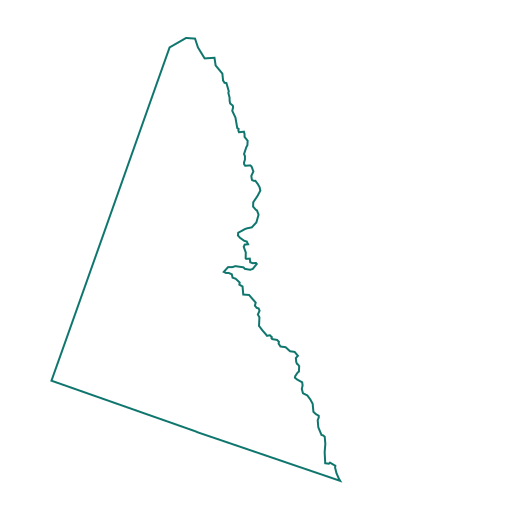 Shoshone, Idaho, United States of America (orthographic projection), rotated 19°
{"feature_id": "52423323B48637166565981", "entity_name": "Shoshone", "entity_type": "district", "adm_level": 2, "iso_a3": "USA", "parent_name": "United States of America", "parent_adm1": "Idaho", "projection": "orthographic", "projection_center": [-115.626, 47.501], "detail": "fine", "context": "isolated", "style": "outline", "palette": "teal", "viewbox_px": 512, "rotation_deg": 19, "n_neighbors": 0, "source": "geoboundaries", "source_scale": "gbopen_adm2", "svg_char_len": 2077}
<svg xmlns="http://www.w3.org/2000/svg" viewBox="0 0 512 512"><g transform="rotate(19 256 256)"><path d="M167.6,100.5L164.8,94.5L155.8,89.0L152.2,82.1L143.1,85.9L133.2,77.7L127.6,70.3L118.9,72.6L106.4,86.9L106.0,128.4L104.7,284.0L103.5,412.0L103.2,440.5L256.5,441.5L257.8,441.7L408.8,441.2L406.6,439.3L402.7,435.0L399.7,430.4L399.3,428.5L393.2,427.3L392.5,428.7L388.9,429.4L386.3,422.9L384.8,419.2L382.7,411.0L379.8,404.5L378.0,403.8L376.2,403.9L370.7,397.7L367.8,391.2L367.9,388.1L367.3,386.6L364.0,386.0L361.0,384.6L359.5,381.3L357.7,377.3L354.1,374.0L349.9,371.1L345.1,370.5L342.6,366.8L342.2,363.2L340.8,360.4L335.1,359.4L332.4,358.4L332.2,356.8L333.3,352.7L334.2,351.3L332.7,346.1L330.8,344.8L329.8,344.6L328.5,343.0L326.9,339.5L328.1,336.7L323.7,334.1L319.2,335.0L313.7,332.6L308.6,333.6L305.9,331.5L305.6,329.7L303.3,328.5L298.4,329.3L297.4,328.7L297.4,327.6L294.9,326.4L292.4,327.9L291.1,327.0L286.2,324.2L281.6,321.1L279.2,312.9L276.8,310.7L277.2,306.6L275.5,304.7L273.5,304.8L271.1,303.3L270.9,300.2L262.1,295.1L256.5,296.6L253.2,289.2L249.6,288.5L249.2,286.4L244.1,284.1L240.9,284.1L239.1,281.2L235.6,280.9L233.0,281.8L230.7,281.5L233.2,275.6L237.3,274.2L239.8,272.3L247.8,270.8L249.7,271.8L255.0,270.9L257.1,269.3L259.3,263.3L258.2,262.6L255.2,263.9L252.6,263.8L251.0,260.5L247.6,261.9L247.0,261.6L245.2,256.0L241.4,251.3L241.6,248.9L244.7,247.5L242.5,245.3L240.1,245.5L234.9,244.0L232.2,242.4L231.6,239.8L237.0,233.9L238.9,232.5L242.7,230.3L245.4,224.2L245.0,216.2L242.1,212.6L240.9,212.4L237.2,210.3L235.9,206.1L237.9,198.6L238.8,192.8L237.1,189.9L234.3,187.4L230.9,185.1L229.7,185.6L227.6,185.5L226.7,184.2L225.5,181.8L226.0,176.9L222.6,172.8L221.1,172.2L216.4,174.2L214.9,173.1L214.2,171.4L214.2,168.6L213.0,165.1L211.5,163.5L211.4,156.2L211.8,154.1L210.6,149.8L206.4,147.1L205.5,144.5L204.1,142.4L199.7,144.5L198.5,143.2L198.2,141.5L196.6,141.1L191.5,131.8L186.3,126.5L185.9,122.6L185.0,121.3L181.9,120.2L180.6,118.0L179.4,114.8L176.7,110.7L176.7,109.2L171.7,102.1L169.9,102.5L167.6,100.7L167.6,100.5Z" fill="none" stroke="#0f766e" stroke-width="2"/></g></svg>